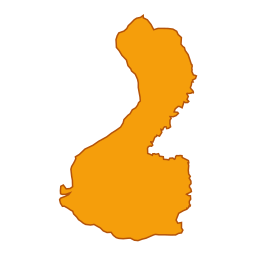 Asprogia, Paphos, Cyprus
{"feature_id": "46923920B38834541661991", "entity_name": "Asprogia", "entity_type": "district", "adm_level": 2, "iso_a3": "CYP", "parent_name": "Cyprus", "parent_adm1": "Paphos", "projection": "albers", "projection_center": [32.61, 34.943], "detail": "fine", "context": "isolated", "style": "filled", "palette": "amber", "viewbox_px": 256, "rotation_deg": 0, "n_neighbors": 0, "source": "geoboundaries", "source_scale": "gbopen_adm2", "svg_char_len": 3398}
<svg xmlns="http://www.w3.org/2000/svg" viewBox="0 0 256 256"><path d="M143.2,15.4L140.5,17.4L136.7,18.2L134.3,19.7L130.7,23.4L128.3,25.6L126.8,28.6L123.9,31.1L118.8,32.9L117.2,35.8L116.0,39.6L116.3,44.7L116.4,47.4L119.1,50.6L122.0,55.4L126.4,60.0L128.0,65.7L130.8,68.9L131.5,70.9L135.3,74.2L137.6,79.4L138.3,82.9L138.3,87.6L139.2,92.6L140.0,96.9L140.3,101.0L138.6,102.7L137.6,105.2L135.7,107.8L132.3,109.8L130.1,113.7L128.0,115.3L124.0,119.5L123.1,123.0L120.6,127.1L116.1,130.3L111.6,133.1L106.7,136.9L98.8,141.2L92.9,145.3L84.9,149.1L79.4,154.4L75.4,156.8L75.8,158.7L74.7,161.2L73.4,163.6L71.7,166.4L70.9,169.2L71.7,176.4L72.4,180.1L72.6,186.7L70.1,188.5L66.2,188.9L63.3,185.0L60.8,186.3L60.4,190.7L60.6,193.7L62.2,194.4L65.8,194.3L70.1,192.8L68.7,194.6L65.1,196.4L60.5,198.2L59.6,199.7L60.5,203.2L62.4,206.3L64.3,206.2L67.6,208.0L70.5,210.0L72.7,211.2L73.7,214.0L76.7,217.0L78.6,219.7L80.6,221.0L83.2,223.1L85.6,224.4L89.7,224.9L90.5,225.0L93.1,224.6L94.0,224.4L97.7,226.5L100.3,227.9L103.3,230.9L107.0,232.5L111.1,232.3L113.4,235.4L116.2,237.6L118.8,238.4L123.2,238.7L128.8,238.2L130.5,238.2L134.4,240.2L138.0,240.6L142.3,239.1L146.0,238.2L153.8,234.8L155.5,234.4L159.0,234.8L165.2,234.8L171.1,235.0L175.7,234.9L178.5,233.4L181.5,232.9L182.9,230.1L181.5,228.1L181.5,224.6L181.5,222.5L177.8,223.2L176.1,220.1L176.8,218.1L178.7,213.3L183.3,210.7L186.9,209.2L186.8,208.3L187.6,208.4L188.7,207.4L188.9,206.5L189.1,206.0L190.0,206.2L190.4,205.1L189.7,204.5L189.4,203.4L189.3,202.2L189.3,201.2L190.7,199.2L190.4,195.8L188.6,195.6L186.4,194.2L186.5,194.1L189.1,192.9L191.4,191.6L190.9,189.1L189.4,187.0L189.5,185.3L189.5,185.2L191.0,183.7L190.9,181.1L189.2,178.1L190.3,176.4L188.7,174.1L188.3,170.4L188.7,165.6L188.0,162.8L188.8,162.8L188.8,162.7L188.4,160.6L186.7,159.7L184.4,158.6L182.2,157.5L182.0,155.7L180.1,155.5L178.3,155.7L176.6,155.6L175.7,156.4L175.1,158.8L174.4,159.3L172.8,158.0L169.8,158.2L168.8,159.9L166.7,159.5L163.6,159.3L163.3,156.7L159.6,156.2L158.5,153.7L156.6,154.1L155.6,154.3L154.7,153.7L152.8,153.8L152.3,155.3L150.6,154.5L147.7,153.4L147.5,148.4L147.8,147.5L147.9,147.3L149.0,146.3L150.0,146.0L151.6,146.2L152.7,145.2L152.2,143.7L151.0,142.3L150.9,141.8L151.0,141.8L152.0,142.1L152.9,142.0L152.9,141.8L153.5,140.6L154.3,138.5L154.8,137.2L156.4,136.4L156.7,135.3L159.5,136.1L161.8,132.4L161.0,129.4L162.7,129.9L162.8,129.8L163.4,128.2L163.5,128.1L164.5,126.8L166.1,126.8L166.7,128.6L168.5,128.3L170.6,126.8L169.9,123.7L170.0,120.1L171.1,118.4L170.1,116.6L173.3,116.7L176.1,115.6L178.4,113.4L177.6,112.3L174.1,111.9L175.1,109.1L175.2,108.9L178.1,106.4L179.6,106.5L182.1,107.8L182.8,105.6L184.0,101.8L185.5,102.6L187.7,102.5L188.8,101.4L187.0,99.4L188.3,96.4L187.6,95.2L187.3,94.7L186.9,94.1L186.8,93.6L187.2,93.3L188.2,93.5L190.1,93.3L191.1,93.2L191.4,92.7L191.5,92.6L191.9,92.6L193.3,92.8L193.4,92.3L193.1,91.3L192.5,90.4L190.6,88.4L190.4,87.5L190.6,86.8L191.0,85.9L191.3,85.1L191.5,83.9L191.6,82.8L191.9,82.0L192.0,82.0L192.0,81.9L193.1,81.9L192.9,81.4L192.5,80.1L193.4,79.6L195.5,78.5L195.5,78.4L196.4,75.9L195.5,75.5L193.4,74.9L192.4,72.7L191.8,71.3L192.1,69.9L191.8,68.2L192.2,66.1L191.9,64.6L191.4,64.6L190.9,63.0L189.5,58.7L188.1,54.6L185.2,50.5L184.4,47.6L182.6,46.3L181.0,44.2L181.4,37.5L178.1,34.5L176.7,31.3L172.9,29.1L168.0,28.5L162.7,28.4L158.1,28.4L153.7,29.7L151.0,24.5L147.3,19.8L143.3,17.8L143.2,15.4Z" fill="#f59e0b" stroke="#b45309" stroke-width="1.5"/></svg>